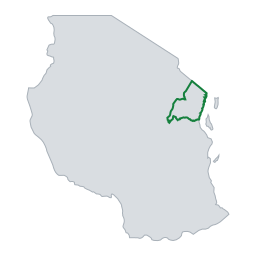 Tanga highlighted on a map of United Republic of Tanzania
{"feature_id": "TZA-3395", "entity_name": "Tanga", "entity_type": "Region", "adm_level": 1, "iso_a3": "TZA", "parent_name": "United Republic of Tanzania", "parent_adm1": "", "projection": "natural_earth1", "projection_center": [38.386, -5.115], "detail": "fine", "context": "in_parent", "style": "outline", "palette": "green", "viewbox_px": 256, "rotation_deg": 0, "n_neighbors": 0, "source": "natural_earth", "source_scale": "10m", "svg_char_len": 5688}
<svg xmlns="http://www.w3.org/2000/svg" viewBox="0 0 256 256"><path d="M92.6,192.1L89.6,190.3L86.9,189.2L84.7,188.0L83.8,186.8L81.7,186.4L79.9,186.2L78.3,185.1L74.9,184.7L74.5,183.9L74.4,182.3L73.8,181.9L72.6,181.5L71.3,181.5L70.5,181.7L70.0,181.6L68.9,180.6L67.9,179.4L67.5,177.5L65.9,176.2L64.1,175.3L59.2,175.4L58.4,175.1L57.2,174.1L55.8,172.5L54.7,170.6L53.7,168.1L52.7,164.7L46.9,151.2L46.3,148.6L45.2,145.8L43.4,142.3L41.4,139.7L38.8,137.4L35.8,135.0L34.2,133.4L31.1,127.1L30.5,124.1L30.0,121.0L30.2,119.8L32.1,115.8L32.3,114.7L32.0,113.1L31.1,110.0L29.9,106.1L27.4,99.1L27.1,97.3L27.1,96.0L28.5,88.9L28.5,87.9L34.2,88.0L38.4,84.9L42.0,80.3L42.7,78.3L44.2,75.3L45.6,73.8L46.2,72.8L47.0,69.8L48.9,67.8L50.7,66.3L50.3,65.2L50.6,64.8L51.6,64.0L53.6,63.2L54.0,61.7L54.0,59.9L53.6,58.9L53.7,57.8L53.4,57.1L52.1,57.0L50.2,56.1L48.6,55.7L47.5,55.2L47.1,54.8L46.9,53.8L47.8,51.0L46.9,49.9L48.9,45.4L49.3,44.9L50.0,44.8L51.1,44.3L52.2,44.1L53.1,44.3L53.7,44.1L54.3,43.6L54.7,42.0L55.1,39.5L54.9,37.4L54.1,35.8L53.8,33.3L54.2,30.0L53.9,27.3L53.0,25.1L52.1,23.8L50.7,23.2L48.4,19.8L47.7,18.2L47.8,17.2L48.6,16.8L50.1,16.9L51.4,16.5L52.7,15.6L53.9,15.4L54.5,15.5L111.4,15.5L177.9,58.4L178.2,58.9L178.7,62.6L178.6,63.9L177.6,66.0L177.3,67.1L177.3,67.9L177.5,68.2L178.4,68.3L179.2,68.8L179.4,69.2L180.0,70.8L180.7,71.6L206.0,92.7L206.6,93.0L206.2,94.8L204.8,99.1L204.7,100.8L204.1,102.9L203.6,104.3L202.1,110.4L200.9,112.6L199.3,117.9L199.0,122.0L199.9,124.8L200.2,127.4L202.2,130.0L203.7,131.0L204.8,132.2L206.7,134.9L207.7,137.6L211.1,138.9L212.4,142.0L211.9,144.1L210.4,145.8L208.9,148.7L207.7,152.4L207.7,158.0L208.5,157.2L210.3,158.6L210.5,162.7L208.7,167.6L208.1,169.9L208.0,171.8L209.3,177.7L211.3,180.6L211.2,181.5L210.7,182.3L214.1,187.6L213.8,192.1L215.1,195.7L215.7,198.8L216.5,201.1L216.7,202.7L215.6,204.6L218.1,205.0L219.6,206.5L220.3,207.9L222.1,207.8L223.0,208.8L224.5,209.6L227.6,212.0L228.4,213.2L228.9,214.3L220.3,221.8L217.2,223.7L215.0,224.6L212.7,225.1L210.4,226.3L208.3,228.2L205.6,229.1L202.3,229.1L198.8,230.4L193.3,234.3L190.1,232.1L187.6,231.4L184.7,231.5L183.0,231.8L182.4,232.2L181.8,233.5L181.4,235.7L179.5,237.8L176.2,239.8L173.1,240.5L170.3,240.0L168.5,239.2L167.5,238.0L166.0,237.5L164.1,237.6L162.3,238.4L160.5,240.0L157.7,240.6L153.9,240.4L151.8,239.7L151.5,238.4L149.8,236.9L146.8,235.1L144.5,235.1L143.0,236.8L141.7,237.8L140.5,238.2L139.4,238.3L137.9,237.8L133.6,237.7L129.6,237.7L129.2,235.3L128.3,233.9L127.6,233.0L126.2,232.8L125.8,232.1L125.4,230.6L124.7,229.3L123.8,228.2L123.2,227.3L123.0,226.4L123.2,225.4L124.0,222.9L124.3,221.2L124.2,219.5L123.7,217.7L122.7,215.6L122.8,215.0L122.5,213.5L122.5,212.5L122.7,211.3L122.5,209.6L121.6,206.1L121.6,205.2L120.8,203.5L118.1,199.4L117.9,198.9L113.7,194.8L112.0,193.9L111.4,194.7L111.2,195.4L111.4,196.7L111.3,197.4L111.1,197.7L110.1,197.6L109.5,197.5L107.9,196.4L106.7,196.1L103.6,196.3L102.5,196.5L101.7,196.3L100.0,194.4L98.1,194.0L96.4,193.9L93.6,191.8L92.6,192.1ZM211.5,124.1L212.9,128.6L212.7,129.5L211.7,130.0L211.2,130.0L210.6,129.3L210.2,127.8L209.5,128.1L208.2,126.3L206.9,126.3L205.8,124.1L206.3,122.2L206.0,119.0L207.4,117.4L208.1,114.6L209.0,116.5L209.2,119.5L210.4,122.9L211.5,124.1ZM218.2,97.5L218.3,98.6L218.0,99.6L218.1,102.7L218.0,104.8L217.0,107.8L216.1,108.8L215.4,108.5L214.7,108.0L214.3,107.2L215.2,101.9L214.7,97.9L216.7,98.3L218.2,97.5ZM215.4,162.0L214.4,162.3L214.0,162.0L213.4,161.2L214.5,160.4L215.5,159.0L217.8,156.8L218.9,155.1L218.8,156.8L217.4,160.4L216.3,160.7L215.4,162.0Z" fill="#d9dde1" stroke="#a8b0b8" stroke-width="1"/><path d="M191.9,81.0L192.1,81.1L193.6,82.4L195.2,83.7L196.7,85.0L198.3,86.2L199.8,87.5L201.4,88.8L202.9,90.1L204.5,91.4L206.0,92.7L206.1,92.8L206.4,92.9L206.6,93.5L206.5,94.2L206.1,94.6L205.6,94.8L206.0,95.0L206.3,95.1L206.5,95.6L206.5,96.1L206.4,96.5L206.3,96.8L205.7,97.9L205.5,98.2L205.4,97.9L205.4,97.5L205.5,97.1L205.6,96.7L205.5,96.3L205.2,97.4L204.9,97.8L204.5,97.7L204.8,98.3L204.9,98.5L204.9,99.7L204.9,99.9L204.7,100.0L204.5,99.9L204.3,100.0L204.2,100.1L204.1,100.5L204.0,100.8L204.3,100.7L204.9,100.5L204.9,100.8L205.1,101.3L205.1,101.5L204.4,102.3L204.2,102.5L203.9,103.4L203.3,104.3L203.3,104.5L203.6,104.5L203.9,104.1L204.0,104.3L203.2,107.0L203.0,107.4L202.8,107.8L202.6,108.0L202.4,108.1L202.2,108.2L202.1,108.5L202.4,108.8L202.5,108.9L202.5,109.2L202.3,110.1L201.7,111.3L201.1,112.4L200.5,112.9L200.8,113.0L200.6,113.4L200.6,114.4L200.5,114.8L200.2,115.1L199.9,115.9L199.5,116.6L199.4,117.1L199.3,117.5L199.3,118.9L199.2,119.1L199.1,119.3L198.9,119.6L197.4,119.4L197.1,119.7L196.7,119.8L196.2,119.8L195.9,120.2L195.5,120.3L194.5,120.9L194.2,120.7L194.0,120.8L193.6,120.8L193.3,120.6L193.1,120.8L192.9,121.0L192.3,120.8L192.0,120.6L191.7,120.3L191.1,120.3L190.6,120.1L190.2,119.3L189.4,119.1L188.7,118.8L188.2,118.2L187.1,117.5L185.8,117.4L185.3,117.6L184.8,117.7L183.6,117.4L180.8,118.3L180.5,118.6L180.1,118.4L179.8,118.7L179.8,119.3L179.1,119.5L178.2,119.5L177.7,120.1L177.2,119.6L176.0,118.1L175.8,117.1L175.2,116.8L174.9,116.8L174.6,116.6L174.3,116.6L174.1,116.5L174.0,116.4L173.9,116.3L173.4,116.1L173.1,116.6L172.8,119.0L172.2,119.6L171.5,119.9L170.9,120.7L170.2,121.4L169.8,122.2L169.3,122.8L168.9,122.4L168.4,121.9L168.4,121.7L168.3,121.0L168.7,120.4L168.2,120.2L167.7,119.9L167.4,117.7L169.5,116.0L170.1,114.9L170.5,112.5L170.8,111.3L172.5,108.8L172.9,107.5L173.3,105.4L173.3,104.8L173.2,104.3L173.3,103.8L176.0,100.1L177.0,99.0L177.9,99.0L178.8,99.4L179.9,99.7L181.0,99.3L181.9,99.0L183.1,98.7L183.4,98.7L183.9,99.1L184.4,99.4L185.3,99.4L185.1,98.7L184.8,98.1L184.6,97.5L184.5,96.8L184.1,96.3L183.9,95.4L183.9,94.4L184.0,93.0L184.9,91.9L185.8,91.2L191.9,81.0L191.9,81.0Z" fill="none" stroke="#15803d" stroke-width="2"/></svg>